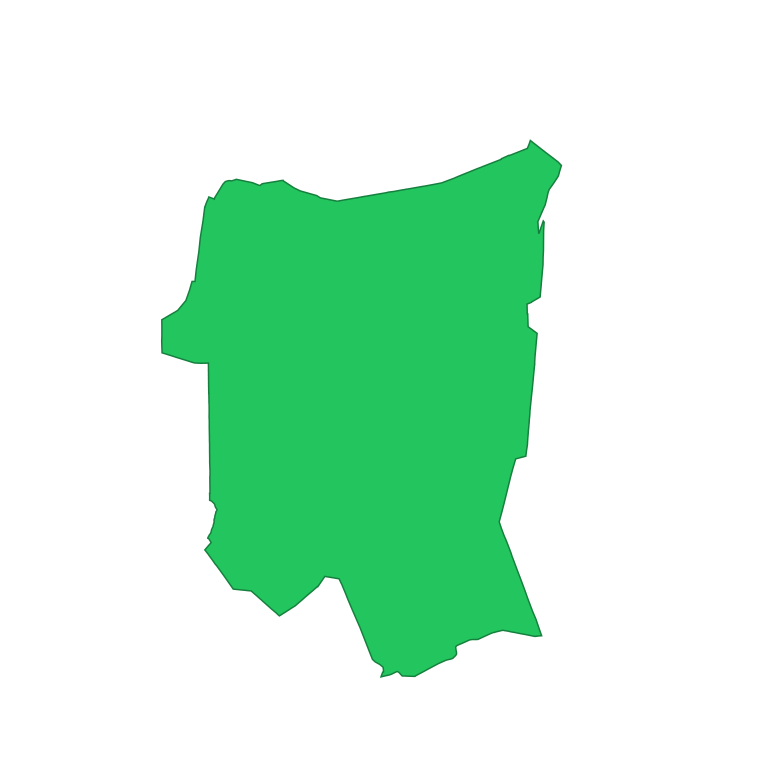 outline of Līgo pag., Gulbene, Latvia, rotated 199°
{"feature_id": "27541924B95861088193965", "entity_name": "Līgo pag.", "entity_type": "district", "adm_level": 2, "iso_a3": "LVA", "parent_name": "Latvia", "parent_adm1": "Gulbene", "projection": "mercator", "projection_center": [26.604, 57.002], "detail": "fine", "context": "isolated", "style": "filled", "palette": "green", "viewbox_px": 768, "rotation_deg": 199, "n_neighbors": 0, "source": "geoboundaries", "source_scale": "gbopen_adm2", "svg_char_len": 5967}
<svg xmlns="http://www.w3.org/2000/svg" viewBox="0 0 768 768"><g transform="rotate(199 384 384)"><path d="M610.5,503.8L610.5,502.8L610.6,501.5L610.8,499.8L611.0,496.3L611.0,494.2L610.8,493.1L611.1,493.0L608.2,479.2L605.6,464.0L605.4,462.9L602.2,449.1L598.7,430.7L598.4,429.5L596.1,419.4L598.9,418.5L598.4,409.3L598.5,398.4L599.4,396.0L601.4,390.7L603.0,386.4L615.0,372.4L613.0,366.8L609.7,357.3L608.8,354.3L608.2,352.3L604.7,343.1L604.5,342.5L604.0,341.2L594.4,341.5L588.6,341.6L579.3,341.9L571.3,342.1L569.3,342.4L563.9,344.0L556.8,346.6L556.3,345.0L556.0,344.3L554.5,340.0L553.8,338.0L553.4,337.1L552.9,335.4L552.6,334.7L552.2,333.6L551.9,332.7L551.4,331.3L551.2,330.7L550.7,329.5L550.2,327.8L549.8,326.9L549.3,325.3L548.9,324.3L548.2,322.4L548.1,322.0L547.2,319.7L546.9,318.7L546.7,318.1L546.5,317.7L546.4,317.8L544.7,313.0L544.2,311.7L544.1,311.3L543.3,309.1L542.7,307.7L540.7,302.1L539.1,297.3L538.4,295.2L537.6,293.3L536.6,290.5L535.1,286.1L532.0,277.6L530.7,273.9L529.4,270.5L527.9,266.2L527.4,264.7L524.7,257.2L523.3,253.1L523.1,252.6L522.2,250.3L521.8,249.3L521.2,247.7L520.8,246.6L520.4,245.8L519.9,244.3L519.2,242.2L518.7,240.7L518.6,240.0L512.9,223.9L513.3,223.8L512.2,220.9L511.0,217.3L510.4,217.2L509.8,217.3L509.3,217.2L508.7,217.1L507.3,216.4L506.0,215.8L505.3,215.4L504.9,214.9L504.5,214.4L503.3,212.7L503.0,212.4L502.6,212.1L501.9,211.6L501.4,211.2L501.0,210.8L500.9,210.4L501.0,209.7L501.2,209.0L501.3,208.4L501.2,207.8L501.1,207.0L501.0,205.8L501.0,204.7L500.8,203.8L500.7,203.4L500.5,202.0L500.4,201.7L500.4,201.4L500.6,201.3L500.6,200.9L500.5,200.7L500.4,200.1L500.4,199.8L500.2,199.5L499.9,199.3L499.9,199.1L499.9,198.8L499.7,197.7L499.4,197.3L499.6,196.2L499.5,194.9L499.2,193.4L499.5,191.8L499.6,190.0L499.3,187.8L499.4,186.2L500.0,184.6L500.2,183.0L500.5,181.5L500.4,180.8L499.2,180.6L495.8,177.8L497.6,173.4L499.4,168.8L495.1,166.0L491.6,163.5L488.8,161.6L486.1,159.6L484.6,158.5L483.7,158.1L483.4,157.9L482.1,157.0L479.1,154.9L476.1,152.8L470.9,149.1L465.0,144.8L463.6,143.8L459.8,141.0L451.5,142.9L451.2,143.0L448.2,143.7L445.9,144.2L444.3,144.6L442.2,145.1L437.4,143.1L434.6,142.0L434.5,141.9L429.6,139.9L427.6,139.0L419.4,135.6L417.6,134.8L411.3,132.4L409.4,131.5L407.4,130.7L402.6,136.7L397.9,142.7L395.9,145.1L393.4,149.4L391.4,152.8L389.1,156.9L386.7,161.0L385.0,163.8L383.4,166.6L380.9,170.9L380.6,170.8L379.7,174.0L377.3,182.8L363.1,185.2L358.7,180.8L351.6,172.8L348.2,168.8L341.3,161.1L328.5,147.1L328.2,146.8L327.9,146.5L325.0,143.1L318.8,135.8L313.2,129.2L309.5,124.8L309.1,124.4L305.3,119.9L301.9,118.4L296.5,117.4L292.9,116.0L292.5,115.8L292.5,115.7L290.7,111.7L290.8,111.6L291.2,111.3L291.4,111.2L291.4,110.9L291.5,107.1L291.5,106.1L287.9,108.4L285.9,109.6L284.2,110.7L283.0,111.6L282.0,112.5L281.3,113.2L280.3,114.2L279.6,114.9L278.5,116.0L278.2,116.3L277.4,116.5L277.0,116.3L276.5,116.3L275.9,116.1L273.8,115.0L272.1,114.0L271.6,113.9L271.2,114.0L269.5,114.6L266.1,115.6L259.9,117.5L259.6,117.6L259.4,117.8L259.0,118.5L257.4,120.2L253.3,124.6L249.2,129.1L245.2,133.4L241.3,137.6L240.5,138.3L237.7,140.9L236.1,142.4L235.7,142.8L235.4,143.1L234.9,143.4L233.5,144.3L230.8,146.0L229.6,147.0L229.5,147.3L229.2,147.9L227.9,150.5L227.8,150.9L227.5,151.9L227.5,152.2L227.6,152.5L227.8,153.3L228.8,155.1L229.7,156.7L230.1,157.7L230.3,158.0L230.5,158.4L230.6,158.9L230.4,159.5L229.9,160.3L228.8,161.5L226.1,163.9L223.4,166.4L219.6,170.0L217.4,171.1L213.2,172.6L212.2,173.0L211.5,173.6L204.4,180.4L203.6,181.2L201.4,183.2L199.6,184.7L198.8,185.0L197.8,185.8L192.5,189.2L191.5,189.8L190.8,190.0L190.1,190.0L186.9,190.6L182.5,191.1L179.0,191.7L173.6,192.4L169.2,193.1L159.4,194.4L158.6,194.7L155.6,196.2L153.0,197.3L156.9,202.2L160.0,206.2L163.7,211.0L167.4,215.1L169.3,217.2L178.6,228.4L183.1,234.1L183.9,235.1L184.1,235.3L184.9,236.3L188.6,240.8L192.4,245.4L195.7,249.3L199.0,253.3L201.3,256.1L205.9,261.7L206.4,262.2L208.9,265.6L214.6,272.4L218.1,276.5L220.6,279.2L221.4,280.1L226.0,285.7L229.0,289.6L230.2,291.2L231.0,302.7L231.6,310.2L233.0,325.8L233.2,327.5L233.3,329.3L233.9,335.6L234.1,337.6L234.1,337.8L234.7,346.7L235.1,356.1L226.4,361.9L227.6,367.6L228.6,373.1L228.7,373.6L229.3,375.6L230.1,378.5L230.3,379.3L230.6,380.4L231.3,383.2L231.7,384.8L232.0,385.7L232.5,387.9L232.9,389.5L233.3,391.2L233.6,392.2L234.2,394.8L234.9,397.3L235.4,399.3L235.6,400.3L236.0,401.8L236.4,403.4L236.8,404.7L237.2,406.0L241.6,424.9L241.6,425.1L241.8,425.9L242.1,427.0L242.2,427.9L242.3,428.1L246.2,444.2L248.1,452.4L248.3,452.6L250.1,458.9L252.1,467.1L253.6,473.1L255.7,481.7L266.4,485.1L270.9,497.0L271.3,496.8L274.8,506.2L274.4,506.4L271.2,509.2L270.9,509.9L264.7,517.1L266.3,523.5L267.5,528.5L268.1,530.7L269.6,536.8L271.6,544.9L272.4,548.3L273.5,551.6L274.9,555.9L275.7,558.8L276.7,562.2L279.7,571.1L283.0,581.0L284.7,587.0L285.3,589.2L286.5,590.0L286.5,577.1L286.9,577.0L289.1,582.1L291.0,586.8L291.4,587.1L290.2,602.9L289.9,605.7L290.5,612.8L291.2,618.6L291.1,621.8L289.0,628.9L287.9,633.1L287.2,635.9L286.9,637.3L286.9,638.8L287.1,641.1L287.2,642.9L287.3,645.7L287.4,648.4L291.9,650.7L294.7,651.6L300.3,653.5L306.4,655.5L320.9,660.5L324.9,661.9L324.9,659.5L324.9,658.8L324.9,657.7L325.0,655.8L325.2,653.4L340.0,640.7L340.3,640.9L346.4,635.2L346.3,634.6L357.5,625.1L366.9,617.1L377.7,607.7L380.9,604.9L384.0,602.1L384.1,601.9L395.0,592.9L397.6,591.4L400.9,589.5L405.3,587.0L409.7,584.5L411.1,583.8L425.7,575.7L426.4,575.5L426.5,575.3L431.1,572.8L437.5,569.2L442.2,566.9L442.5,566.7L444.5,565.4L452.6,561.0L462.0,555.8L463.6,555.0L468.5,552.2L480.6,545.6L483.7,543.9L485.9,542.6L487.9,541.6L503.9,539.4L504.8,539.3L509.3,540.3L509.7,540.2L518.9,539.7L526.1,539.3L532.8,540.1L545.8,543.4L545.8,543.6L546.7,543.3L550.7,541.1L550.8,541.0L564.4,533.7L565.8,531.4L567.0,531.2L573.5,531.5L573.9,531.5L587.4,529.8L589.0,529.6L590.4,529.4L590.8,529.0L594.1,526.5L596.7,525.9L598.2,525.0L599.9,523.8L601.3,520.6L601.4,520.2L603.4,511.0L604.7,505.2L604.6,503.6L605.6,503.7L610.5,503.8Z" fill="#22c55e" stroke="#15803d" stroke-width="1.5"/></g></svg>